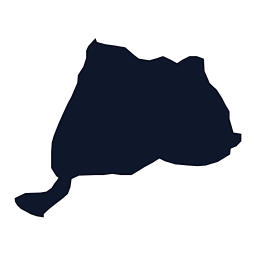 outline of Patriki, Cyprus
{"feature_id": "46923920B77958582681624", "entity_name": "Patriki", "entity_type": "district", "adm_level": 2, "iso_a3": "CYP", "parent_name": "Cyprus", "parent_adm1": "", "projection": "orthographic", "projection_center": [33.984, 35.358], "detail": "fine", "context": "isolated", "style": "filled", "palette": "ink", "viewbox_px": 256, "rotation_deg": 0, "n_neighbors": 0, "source": "geoboundaries", "source_scale": "gbopen_adm2", "svg_char_len": 1089}
<svg xmlns="http://www.w3.org/2000/svg" viewBox="0 0 256 256"><path d="M95.2,39.5L88.7,46.8L86.9,50.9L86.9,58.1L84.0,67.0L78.6,75.4L78.0,83.1L75.1,89.7L72.1,96.8L68.5,103.4L63.8,113.5L59.0,124.3L54.3,136.2L52.5,142.7L51.9,151.7L51.9,157.6L51.9,167.8L56.7,175.5L59.6,177.6L57.2,181.1L55.0,183.8L52.1,188.4L46.7,192.3L40.4,193.3L33.6,193.5L25.3,193.8L20.0,196.4L15.4,198.6L15.8,201.6L17.8,205.0L21.4,208.4L27.5,211.6L31.6,213.8L37.5,215.7L43.0,216.5L43.0,213.7L48.9,208.3L54.9,203.5L62.6,197.6L67.3,193.4L69.7,186.9L70.9,178.5L78.6,174.9L95.8,174.3L103.5,174.3L112.4,173.1L120.8,174.3L131.4,174.3L143.9,166.6L152.8,161.8L159.3,157.6L165.3,160.6L175.4,163.6L188.4,164.8L197.9,165.4L205.6,164.8L217.5,161.2L229.4,154.0L230.0,148.1L235.9,145.7L240.6,140.9L240.6,134.4L232.9,133.2L228.8,118.9L228.8,111.7L224.6,104.6L221.6,98.6L216.3,90.3L209.2,83.7L203.8,71.2L203.2,59.3L196.7,56.9L189.6,56.9L182.5,60.5L177.1,64.1L170.6,60.5L162.9,56.9L155.8,59.3L149.2,61.1L138.6,59.3L133.8,55.7L124.9,48.0L114.2,46.2L105.3,45.0L96.4,42.6L95.2,39.5Z" fill="#0f172a" stroke="#020617" stroke-width="1.5"/></svg>